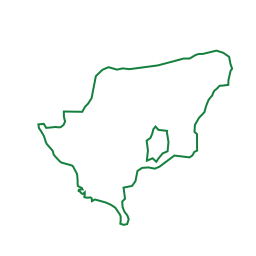 map outline of Somogy (Equal Earth projection), rotated 13°
{"feature_id": "HUN-3157", "entity_name": "Somogy", "entity_type": "County", "adm_level": 1, "iso_a3": "HUN", "parent_name": "Hungary", "parent_adm1": "", "projection": "equal_earth", "projection_center": [17.569, 46.411], "detail": "fine", "context": "isolated", "style": "outline", "palette": "green", "viewbox_px": 256, "rotation_deg": 13, "n_neighbors": 0, "source": "natural_earth", "source_scale": "10m", "svg_char_len": 1766}
<svg xmlns="http://www.w3.org/2000/svg" viewBox="0 0 256 256"><g transform="rotate(13 128 128)"><path d="M98.8,202.5L97.5,202.2L96.1,201.2L95.9,201.0L94.0,200.4L94.0,199.2L94.9,199.0L96.5,198.3L97.5,198.1L96.3,196.7L94.1,196.4L92.1,195.7L91.2,192.8L90.9,191.1L89.2,185.7L88.5,184.1L83.2,177.9L81.8,177.1L71.1,176.7L69.1,175.9L62.7,171.6L61.2,170.1L60.5,168.3L59.5,167.0L52.5,161.9L51.2,160.3L48.0,154.9L43.1,149.7L42.1,149.0L41.2,148.0L39.9,144.6L45.0,142.9L48.3,146.3L57.5,143.2L59.7,143.1L62.1,142.4L64.5,139.6L65.2,135.8L63.0,131.4L61.8,126.4L64.9,125.7L79.8,122.5L81.4,116.9L83.7,113.1L85.8,107.1L85.0,84.7L90.0,77.0L95.4,73.1L104.1,73.6L109.5,71.1L116.3,70.3L143.0,60.3L166.6,47.8L172.5,46.4L177.6,41.5L180.7,39.8L184.2,39.0L196.8,32.7L203.9,33.3L210.5,35.9L213.4,42.5L216.1,46.8L215.7,47.9L215.1,49.0L215.1,58.6L216.0,63.4L209.9,65.7L208.4,65.9L207.3,66.9L205.8,69.7L203.9,72.0L203.1,74.4L202.8,77.2L200.2,82.4L199.2,88.7L198.9,95.3L194.9,102.1L192.5,110.0L193.7,116.9L196.6,118.4L200.4,134.5L197.9,136.5L197.0,140.2L194.5,142.8L179.4,144.4L167.3,158.7L163.2,161.6L156.8,161.8L150.7,163.7L146.9,167.7L147.2,178.2L145.0,183.5L137.1,187.1L141.0,197.6L138.9,201.0L140.5,206.2L143.3,210.3L147.0,213.3L149.2,216.8L148.8,221.8L145.7,223.3L142.1,223.0L141.9,222.1L141.8,220.2L141.1,217.6L140.9,216.2L140.0,214.6L133.7,208.6L128.8,206.7L123.2,205.6L112.0,205.1L110.9,205.8L110.5,206.3L110.0,206.9L109.3,207.4L108.4,204.6L107.0,204.1L103.9,205.1L101.2,205.3L100.8,204.8L101.0,203.3L100.3,200.4L98.8,202.5ZM158.1,123.0L154.5,120.4L153.0,123.5L152.9,128.1L152.1,132.6L149.0,136.2L152.5,145.4L153.7,155.6L158.8,152.0L163.2,154.5L164.7,150.5L167.5,144.9L171.8,141.8L170.6,132.6L166.7,123.0L166.7,122.0L158.1,123.0Z" fill="none" stroke="#15803d" stroke-width="2"/></g></svg>